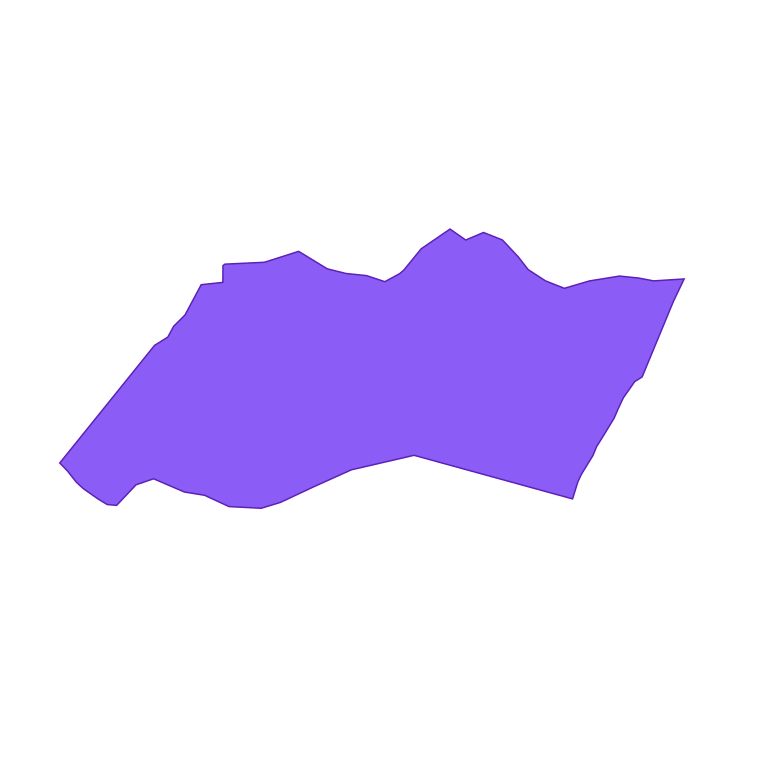 the district of Dalat, Sarawak, Malaysia, rotated 125°
{"feature_id": "92858781B41279548929635", "entity_name": "Dalat", "entity_type": "district", "adm_level": 2, "iso_a3": "MYS", "parent_name": "Malaysia", "parent_adm1": "Sarawak", "projection": "albers", "projection_center": [111.988, 2.703], "detail": "fine", "context": "isolated", "style": "filled", "palette": "violet", "viewbox_px": 768, "rotation_deg": 125, "n_neighbors": 0, "source": "geoboundaries", "source_scale": "gbopen_adm2", "svg_char_len": 939}
<svg xmlns="http://www.w3.org/2000/svg" viewBox="0 0 768 768"><g transform="rotate(125 384 384)"><path d="M379.4,583.8L393.2,574.3L407.5,590.7L441.6,586.6L457.3,589.4L469.6,588.0L483.9,594.1L634.7,604.3L636.8,593.4L640.9,579.8L642.2,570.2L642.2,561.4L642.2,551.8L641.5,541.6L636.8,533.4L608.8,529.3L593.8,518.4L587.0,485.6L578.1,467.2L573.3,440.6L556.2,413.3L540.5,401.0L508.5,382.6L473.0,361.5L425.2,318.5L370.0,163.7L369.7,163.7L352.9,169.1L344.7,170.5L322.9,171.8L313.4,173.9L301.8,174.5L290.8,175.2L279.9,175.9L269.7,178.0L258.1,180.0L246.5,180.0L238.3,180.0L230.1,176.6L150.3,194.3L125.8,198.4L144.9,222.3L151.0,235.9L160.5,253.0L181.7,274.8L202.2,291.2L206.9,311.0L207.6,331.4L202.8,347.1L198.1,369.6L202.8,389.4L219.2,399.7L219.2,418.8L251.9,431.1L279.2,433.1L284.7,434.5L299.7,442.0L305.2,460.4L315.4,478.8L322.2,496.6L324.3,530.0L352.9,551.8L377.1,583.1L379.4,583.8Z" fill="#8b5cf6" stroke="#5b21b6" stroke-width="1.5"/></g></svg>